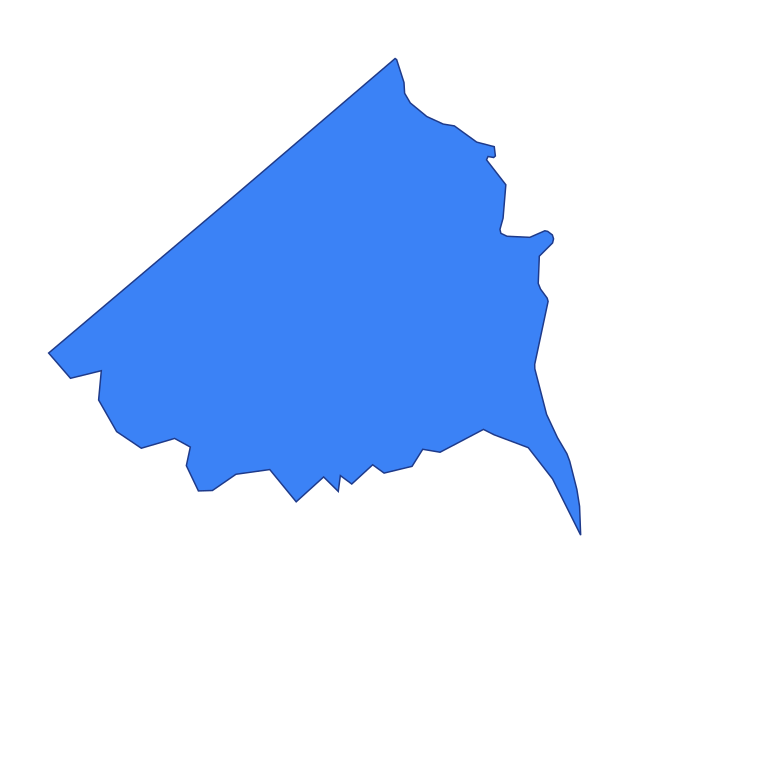 Orange, Texas, United States of America (orthographic projection), rotated 320°
{"feature_id": "52423323B30055377123023", "entity_name": "Orange", "entity_type": "district", "adm_level": 2, "iso_a3": "USA", "parent_name": "United States of America", "parent_adm1": "Texas", "projection": "orthographic", "projection_center": [-93.846, 30.055], "detail": "fine", "context": "isolated", "style": "filled", "palette": "blue", "viewbox_px": 768, "rotation_deg": 320, "n_neighbors": 0, "source": "geoboundaries", "source_scale": "gbopen_adm2", "svg_char_len": 1011}
<svg xmlns="http://www.w3.org/2000/svg" viewBox="0 0 768 768"><g transform="rotate(320 384 384)"><path d="M385.5,143.8L147.0,144.7L147.5,178.1L176.0,192.1L155.1,212.8L148.6,248.6L156.8,277.2L188.6,291.1L195.1,307.8L180.1,319.5L173.1,346.6L184.1,355.3L212.6,358.0L241.5,376.1L241.0,417.8L278.0,416.4L279.9,436.9L291.7,426.1L295.0,439.9L323.4,438.6L326.8,452.3L352.6,465.1L371.7,458.9L383.1,472.3L431.0,482.7L435.7,493.7L453.6,525.5L452.1,565.1L437.5,626.2L455.2,603.4L464.0,588.7L476.6,562.6L479.3,555.0L482.4,536.6L489.0,511.8L509.3,469.3L512.1,465.8L562.8,426.2L564.2,423.1L564.9,412.0L566.8,406.1L582.9,388.4L585.1,385.9L603.8,384.3L607.2,381.8L608.8,378.0L607.5,372.3L605.7,370.0L590.0,365.4L573.2,349.9L570.4,343.7L572.2,340.1L581.8,333.5L605.4,309.7L606.6,278.2L609.9,276.6L613.6,281.0L615.9,280.9L621.0,273.1L610.5,258.3L606.3,241.6L603.8,231.5L596.4,222.9L588.7,206.6L584.8,185.6L586.7,174.5L593.1,165.9L602.2,143.6L601.7,141.8L385.5,143.8Z" fill="#3b82f6" stroke="#1e3a8a" stroke-width="1.5"/></g></svg>